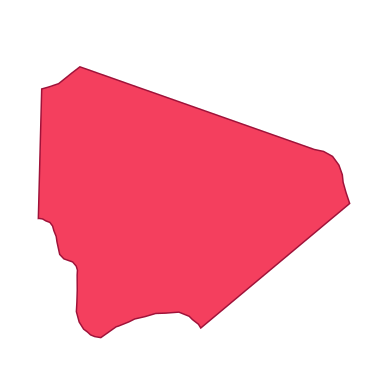 Bongalo, Choiseul, Saint Lucia, rotated 264°
{"feature_id": "8701671B48752097884677", "entity_name": "Bongalo", "entity_type": "district", "adm_level": 2, "iso_a3": "LCA", "parent_name": "Saint Lucia", "parent_adm1": "Choiseul", "projection": "orthographic", "projection_center": [-61.031, 13.766], "detail": "fine", "context": "isolated", "style": "filled", "palette": "rose", "viewbox_px": 384, "rotation_deg": 264, "n_neighbors": 0, "source": "geoboundaries", "source_scale": "gbopen_adm2", "svg_char_len": 721}
<svg xmlns="http://www.w3.org/2000/svg" viewBox="0 0 384 384"><g transform="rotate(264 192 192)"><path d="M55.8,186.5L164.1,347.6L175.4,345.1L185.9,343.3L193.5,343.3L203.4,340.9L212.7,335.5L218.6,327.1L221.5,318.1L328.2,93.6L323.0,85.1L313.7,70.7L311.3,59.9L310.2,53.3L181.7,36.4L181.7,37.1L180.8,40.6L178.5,43.7L176.6,47.5L172.7,49.8L167.9,50.6L161.9,52.3L156.6,52.5L143.7,53.9L138.9,57.6L134.9,66.0L130.4,69.1L126.3,69.9L121.4,69.1L106.2,67.6L94.4,66.0L85.1,64.5L74.5,66.2L66.9,69.9L63.9,73.2L60.5,76.2L58.4,80.1L56.7,86.1L65.9,102.5L66.3,104.7L69.4,115.6L71.7,121.7L73.0,132.4L75.0,143.2L74.3,153.1L73.9,166.4L68.7,176.2L65.1,179.1L59.8,184.6L55.8,186.5Z" fill="#f43f5e" stroke="#9f1239" stroke-width="1.5"/></g></svg>